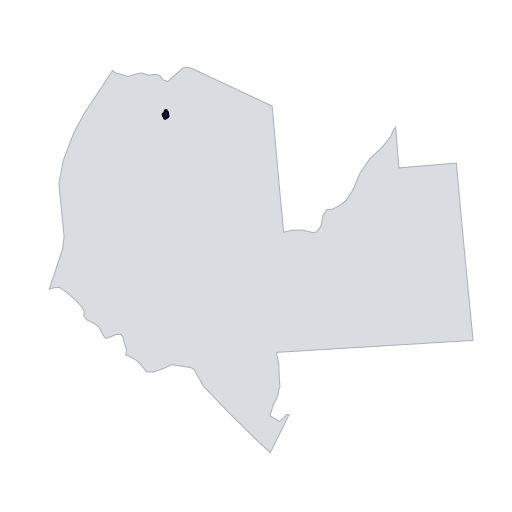 San Lorenzo, San Marcos, Guatemala (highlighted), rotated 85°
{"feature_id": "79465075B14386686272745", "entity_name": "San Lorenzo", "entity_type": "district", "adm_level": 2, "iso_a3": "GTM", "parent_name": "Guatemala", "parent_adm1": "San Marcos", "projection": "albers", "projection_center": [-91.744, 15.025], "detail": "fine", "context": "in_parent", "style": "filled", "palette": "ink", "viewbox_px": 512, "rotation_deg": 85, "n_neighbors": 0, "source": "geoboundaries", "source_scale": "gbopen_adm2", "svg_char_len": 2496}
<svg xmlns="http://www.w3.org/2000/svg" viewBox="0 0 512 512"><g transform="rotate(85 256 256)"><path d="M58.7,382.7L61.3,380.1L63.5,374.1L66.1,367.9L64.5,360.7L63.6,354.8L66.6,346.4L66.3,340.0L67.8,336.1L72.3,333.5L74.6,328.7L61.9,312.0L61.9,308.1L63.6,303.4L74.0,285.6L86.3,264.4L99.9,241.0L108.0,226.9L137.8,226.8L157.4,226.8L182.4,226.7L209.6,226.6L227.4,226.4L234.7,226.3L233.4,217.1L234.3,207.0L237.5,197.8L237.5,193.7L232.2,188.8L221.9,185.9L216.1,181.6L216.1,176.0L213.5,169.3L208.5,161.4L198.2,153.4L182.5,145.2L169.1,134.2L158.1,120.3L148.8,111.4L141.7,107.7L140.0,105.7L160.9,105.8L180.7,105.9L180.7,86.0L180.8,68.3L180.9,48.3L216.6,48.2L259.4,48.0L303.7,47.6L338.5,47.3L359.0,47.1L358.3,71.9L357.6,100.6L357.0,121.7L356.3,149.9L355.5,178.7L354.5,218.0L353.8,243.5L354.3,244.0L366.0,242.7L383.4,243.6L387.6,243.4L392.9,245.6L397.0,246.2L405.9,251.8L416.4,256.0L422.8,247.1L419.3,241.9L416.7,239.3L417.0,236.9L453.3,259.0L449.1,262.6L440.1,270.8L423.7,284.8L409.0,297.4L394.8,308.7L382.0,319.0L380.4,320.0L364.1,327.4L361.4,330.7L358.1,345.0L356.5,348.6L359.6,356.5L362.7,368.6L361.8,375.0L350.5,383.0L345.4,390.1L343.1,394.7L341.1,393.6L337.5,393.3L329.4,395.1L325.5,395.6L322.3,397.6L322.0,402.0L324.2,409.1L325.0,412.8L322.8,414.5L312.8,418.9L308.9,423.2L305.1,429.8L300.8,432.6L296.2,432.1L292.9,433.1L286.0,438.1L275.6,447.7L270.1,454.8L270.0,460.1L271.1,464.9L232.9,448.3L220.2,445.5L166.6,446.1L143.7,439.5L117.5,426.8L99.8,415.2L58.7,382.7Z" fill="#d9dde1" stroke="#a8b0b8" stroke-width="1"/><path d="M102.7,332.2L102.5,332.6L102.4,332.8L102.6,333.0L102.8,333.4L102.9,334.1L103.1,334.1L103.5,334.5L103.8,334.7L104.1,334.7L104.5,334.5L104.8,334.8L105.0,335.0L105.4,335.4L105.5,335.6L105.7,336.0L105.8,336.1L105.8,336.3L105.9,336.5L106.1,336.7L106.2,336.8L106.3,336.8L106.5,336.9L106.9,336.8L107.2,336.8L107.5,336.8L107.8,336.7L108.0,336.7L108.3,336.7L108.5,336.7L108.7,336.4L108.8,336.3L108.8,336.1L109.4,336.1L109.7,335.8L109.8,335.8L110.1,335.8L110.3,335.7L110.5,335.3L110.6,335.0L110.7,334.9L110.8,334.9L111.0,335.1L111.0,335.3L111.2,335.5L111.4,335.2L111.6,335.0L111.7,334.7L111.7,334.3L111.6,334.1L111.3,333.7L110.9,332.9L110.9,332.7L110.4,332.1L110.2,331.6L110.0,331.4L109.7,331.0L109.6,330.9L109.4,330.8L109.1,330.6L108.8,330.6L108.0,330.8L107.7,330.8L106.8,331.0L106.6,331.0L106.5,330.9L106.2,330.9L105.9,330.9L105.4,330.9L105.0,331.0L104.7,331.1L104.5,331.3L104.2,331.5L103.7,332.1L103.1,332.2L102.7,332.2Z" fill="#0f172a" stroke="#020617" stroke-width="1.5"/></g></svg>